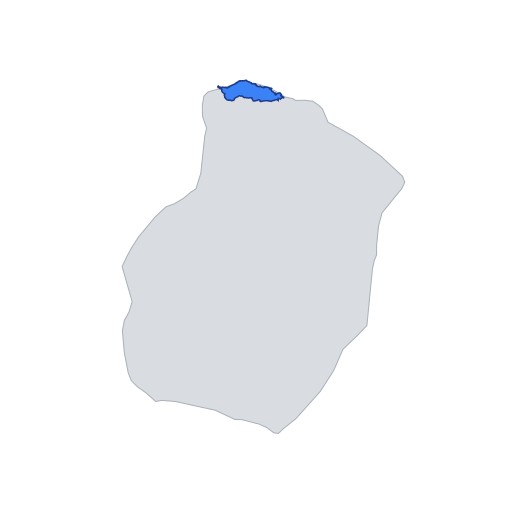 Mjanyane, Quthing, Lesotho (highlighted), rotated 154°
{"feature_id": "5366337B93918121901392", "entity_name": "Mjanyane", "entity_type": "district", "adm_level": 2, "iso_a3": "LSO", "parent_name": "Lesotho", "parent_adm1": "Quthing", "projection": "mercator", "projection_center": [27.716, -30.528], "detail": "fine", "context": "in_parent", "style": "filled", "palette": "blue", "viewbox_px": 512, "rotation_deg": 154, "n_neighbors": 0, "source": "geoboundaries", "source_scale": "gbopen_adm2", "svg_char_len": 6308}
<svg xmlns="http://www.w3.org/2000/svg" viewBox="0 0 512 512"><g transform="rotate(154 256 256)"><path d="M329.5,335.3L316.7,339.3L314.9,339.7L306.7,338.7L295.7,339.7L287.0,341.9L280.4,342.8L269.4,354.5L249.6,386.1L244.3,392.7L242.8,405.1L238.2,415.0L232.6,422.7L227.1,424.5L210.5,421.5L189.3,417.5L176.9,408.0L166.0,395.4L160.2,386.3L154.1,381.3L152.1,378.5L143.4,374.3L140.2,372.1L137.3,370.5L133.8,364.5L131.8,359.2L132.6,344.6L126.5,335.9L116.1,321.0L109.5,308.8L100.5,292.2L95.0,278.0L89.3,263.3L90.0,257.0L95.5,252.6L111.5,245.3L123.9,239.5L132.8,229.1L142.5,213.5L147.2,204.1L151.9,199.8L157.1,193.2L166.1,178.6L176.1,162.3L186.8,144.9L200.3,139.9L218.7,134.1L236.5,118.9L257.6,106.1L291.7,92.2L307.6,88.7L313.7,86.7L317.5,89.3L321.6,97.2L327.3,103.9L340.8,115.4L346.5,118.2L360.4,135.4L375.3,147.1L392.4,160.7L404.0,167.5L410.0,169.3L414.9,181.4L419.9,190.3L422.7,198.7L422.1,206.9L416.7,226.9L408.9,247.3L402.5,255.9L394.8,261.2L387.3,269.3L384.4,285.8L381.0,305.1L371.1,313.1L363.5,318.4L352.9,324.8L329.5,335.3Z" fill="#d9dde1" stroke="#a8b0b8" stroke-width="1"/><path d="M165.2,386.3L164.7,386.7L163.8,386.6L163.1,386.9L162.6,386.9L162.3,386.7L162.0,386.4L162.1,386.2L161.9,386.0L161.7,386.0L161.6,386.4L161.8,387.0L162.1,387.4L162.3,387.6L162.5,387.6L162.6,387.8L162.5,388.1L162.8,388.4L163.0,388.5L163.3,388.9L163.4,389.3L163.3,389.5L162.9,389.6L162.7,389.7L162.6,389.9L162.4,390.0L162.4,390.4L162.6,390.6L162.8,391.2L162.8,391.9L163.2,392.1L163.5,392.4L164.0,392.4L164.8,392.5L165.3,392.5L165.7,392.7L165.9,392.7L166.2,392.7L166.4,392.8L166.7,392.7L167.1,392.5L167.4,392.2L167.6,392.1L167.8,392.2L167.9,392.3L168.1,392.6L167.6,393.3L167.4,393.5L167.2,393.7L167.1,393.9L167.2,394.0L167.4,394.0L167.6,393.9L167.8,394.0L168.0,394.1L168.1,394.8L168.4,395.3L168.6,395.4L168.7,395.8L168.7,396.2L168.8,396.2L168.8,396.3L169.0,396.6L169.3,397.0L169.6,397.2L169.5,398.4L169.5,398.7L169.6,398.9L169.6,399.0L169.1,399.5L168.5,399.6L168.4,399.7L168.7,400.1L168.9,400.3L169.2,400.5L169.5,400.5L169.8,400.3L170.2,400.0L170.4,400.0L170.4,400.4L170.5,400.5L170.6,400.8L170.5,401.0L170.4,401.2L170.4,401.4L170.5,401.5L170.8,402.0L171.0,402.2L171.5,402.6L171.8,402.7L172.5,403.1L172.8,403.3L172.8,403.5L173.5,403.8L173.8,403.7L173.9,403.8L173.9,404.1L173.9,404.3L174.0,404.3L174.7,403.9L174.9,403.8L175.1,403.8L175.4,404.2L175.6,404.1L175.7,404.3L175.6,404.6L175.6,404.8L176.1,404.8L176.6,405.0L176.9,405.5L177.3,405.9L177.5,406.3L177.5,406.5L177.7,406.8L177.8,406.9L178.2,406.7L178.5,406.8L178.6,406.7L178.8,406.7L179.3,407.1L179.5,407.4L179.7,407.6L180.2,407.7L180.4,407.8L180.5,408.2L180.7,408.3L180.8,408.4L180.5,408.8L180.5,409.0L181.1,409.3L181.2,409.6L181.3,409.8L181.2,409.9L181.0,410.0L180.8,410.3L180.9,410.7L180.9,410.9L181.0,411.0L181.3,411.0L181.7,411.1L182.0,411.4L182.1,411.7L182.2,411.8L182.8,411.8L183.4,412.1L183.6,412.3L183.9,412.3L184.1,412.4L184.3,412.9L184.4,413.2L184.5,413.4L184.6,413.6L184.5,413.8L184.5,414.0L184.9,414.2L185.0,414.4L185.3,414.9L185.4,415.0L185.7,415.3L185.9,415.5L186.0,415.8L186.3,415.8L186.5,416.0L186.9,416.5L187.2,417.0L187.5,417.4L187.4,417.6L187.4,417.8L187.7,418.1L188.1,418.4L188.6,418.6L188.8,418.6L189.0,418.5L189.3,418.5L189.5,418.6L189.8,418.6L190.0,418.6L190.3,418.9L190.4,419.0L190.5,419.0L190.9,419.3L191.2,419.3L191.3,419.4L191.5,419.5L191.6,419.4L191.9,419.6L192.0,419.7L192.1,419.8L192.5,419.9L192.7,420.0L192.8,420.1L193.3,420.4L193.6,420.4L193.8,420.3L194.0,420.6L194.4,420.5L194.6,420.5L194.8,420.4L194.9,420.5L195.0,420.6L195.3,420.7L195.6,420.5L195.8,420.3L196.3,420.3L196.5,420.2L196.8,420.1L197.2,420.2L197.4,420.1L197.5,420.3L197.7,420.1L197.9,420.1L198.0,420.2L198.3,420.0L198.5,420.0L198.7,419.9L198.9,420.1L199.1,420.0L199.5,420.0L199.6,419.9L200.0,419.9L200.5,419.9L200.9,419.9L201.3,420.0L201.4,419.9L201.8,419.9L202.1,419.9L202.3,420.0L202.5,420.0L202.8,420.0L203.0,420.0L203.3,420.1L203.7,420.1L203.9,420.1L204.1,419.9L204.3,420.0L204.5,419.9L204.8,419.9L205.1,419.9L205.4,419.8L205.6,419.9L205.8,419.9L205.9,420.0L206.2,419.8L206.4,419.8L206.6,419.7L206.9,419.8L207.1,419.7L207.4,419.8L207.6,419.5L208.0,419.6L208.3,419.9L208.7,420.0L208.8,420.1L209.0,420.4L209.5,420.9L209.8,420.9L210.7,421.5L211.3,421.8L211.7,422.3L212.0,422.5L212.5,422.6L213.7,422.6L213.7,422.9L213.8,423.2L214.0,423.4L214.6,423.7L214.8,424.0L215.1,424.4L215.2,425.0L215.3,425.3L215.5,425.3L216.1,424.9L216.2,424.1L215.8,423.9L215.6,423.5L215.1,423.0L215.0,422.2L214.9,422.0L214.5,421.7L214.1,421.5L213.7,421.3L213.5,421.1L213.6,420.8L214.1,420.1L214.4,419.5L214.4,418.2L214.3,417.8L214.0,417.2L213.8,416.7L213.5,416.4L213.5,416.2L212.9,415.2L213.2,415.0L213.5,414.9L213.9,414.6L214.1,414.1L214.1,413.2L214.4,412.6L214.6,412.3L214.4,412.0L214.4,411.4L214.1,410.8L214.1,410.3L213.8,409.8L213.6,409.1L212.9,408.6L212.5,408.0L212.1,407.9L210.8,407.3L210.3,406.8L210.0,406.3L209.5,406.2L209.0,406.0L208.6,406.0L208.3,405.8L207.9,405.9L207.3,405.9L207.0,406.0L206.6,406.6L206.2,407.0L204.5,407.2L204.1,407.3L203.7,407.2L203.4,407.2L203.0,407.2L202.3,407.1L201.8,407.3L201.5,407.4L200.8,407.3L200.4,407.2L200.2,407.1L199.9,406.7L199.6,406.3L199.4,406.2L198.9,406.0L198.3,405.9L198.0,405.2L197.6,404.1L197.4,403.8L196.8,403.3L196.4,403.3L196.1,403.1L195.3,402.5L194.9,402.1L194.0,401.8L193.5,401.3L192.8,401.1L192.5,400.9L191.8,400.6L191.6,400.6L191.4,400.5L190.6,400.3L190.4,400.1L190.5,399.7L190.7,399.4L190.5,399.0L190.5,398.7L190.6,398.3L190.5,397.3L190.5,396.7L190.4,396.6L190.2,396.4L188.9,395.8L188.1,395.8L186.8,395.3L186.3,395.3L185.6,395.3L184.9,395.2L184.6,395.0L184.4,394.7L184.3,394.4L184.2,394.1L184.4,393.7L184.5,393.4L184.5,393.2L184.3,393.0L184.0,392.7L183.6,392.6L182.9,392.5L182.1,392.3L180.2,391.7L179.2,391.4L178.5,391.0L178.1,390.8L177.7,390.5L177.4,390.4L177.1,390.3L176.7,390.1L176.4,389.5L176.0,389.3L175.4,389.2L175.2,389.0L175.1,388.7L175.0,388.4L175.2,388.2L174.7,388.4L173.6,388.3L172.8,388.3L172.4,388.2L172.0,388.2L171.6,388.0L171.6,387.9L171.4,387.8L171.0,387.8L170.3,387.9L170.0,387.8L169.4,387.6L169.0,387.6L168.9,387.5L168.7,387.4L168.4,387.0L168.2,386.7L168.1,386.4L168.0,386.2L167.9,386.0L167.3,387.0L167.2,387.2L167.2,387.7L167.1,387.8L166.9,387.6L166.7,387.6L166.4,387.4L166.2,387.3L165.8,387.1L165.5,387.0L165.4,386.8L165.3,386.7L165.2,386.6L165.3,386.5L165.2,386.3Z" fill="#3b82f6" stroke="#1e3a8a" stroke-width="1.5"/></g></svg>